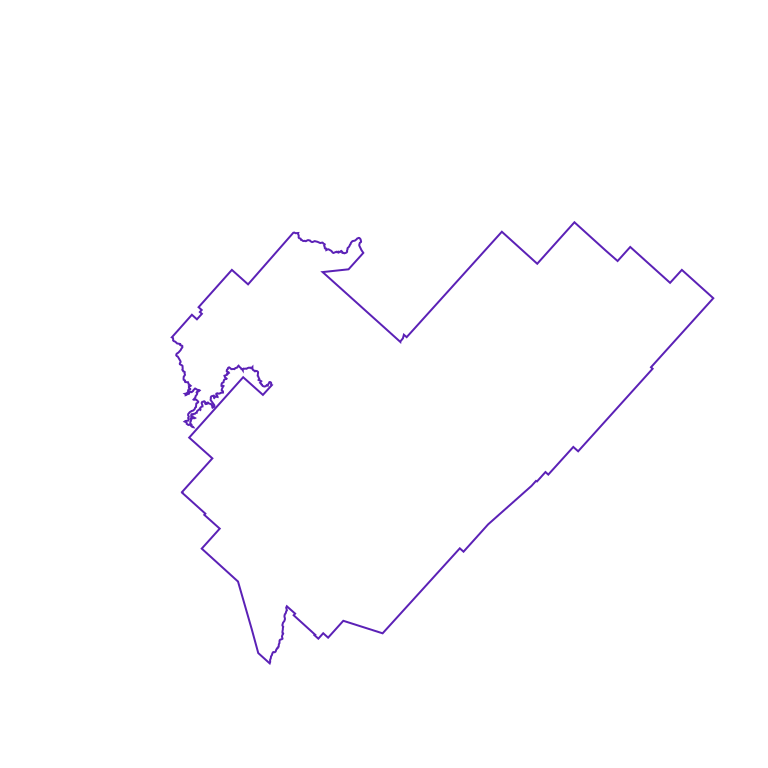 Collie, Western Australia, Australia (Equal Earth projection), rotated 42°
{"feature_id": "25037944B67416490528235", "entity_name": "Collie", "entity_type": "district", "adm_level": 2, "iso_a3": "AUS", "parent_name": "Australia", "parent_adm1": "Western Australia", "projection": "equal_earth", "projection_center": [116.035, -33.274], "detail": "fine", "context": "isolated", "style": "outline", "palette": "violet", "viewbox_px": 768, "rotation_deg": 42, "n_neighbors": 0, "source": "geoboundaries", "source_scale": "gbopen_adm2", "svg_char_len": 6163}
<svg xmlns="http://www.w3.org/2000/svg" viewBox="0 0 768 768"><g transform="rotate(42 384 384)"><path d="M417.3,136.4L417.4,192.1L369.7,192.0L369.5,334.0L365.8,334.1L367.5,337.4L367.7,341.4L368.0,341.8L263.5,341.9L280.9,322.5L280.9,300.4L277.7,299.6L273.3,297.8L272.6,297.3L271.8,295.8L271.6,295.2L271.9,293.9L271.6,293.4L269.8,292.2L269.1,292.0L268.0,292.0L267.4,292.4L266.7,294.0L266.8,294.9L266.4,297.0L265.1,298.7L264.9,299.4L265.0,301.3L265.6,302.6L265.5,303.2L266.0,304.5L266.2,306.0L266.0,307.0L266.1,307.6L266.8,308.3L267.2,309.5L268.1,310.4L268.2,311.1L267.8,312.2L267.2,313.3L266.3,313.5L266.2,313.9L265.5,314.3L265.1,314.4L264.3,313.7L263.2,313.7L263.0,314.3L263.1,315.1L262.5,315.6L262.4,316.5L261.6,316.3L261.3,317.3L260.9,317.5L260.4,317.3L260.1,317.6L258.8,320.4L257.9,320.7L255.9,320.3L252.7,321.0L252.2,321.4L251.5,323.1L250.4,322.1L249.5,322.7L249.0,322.6L248.1,321.7L247.0,321.3L246.6,319.9L246.3,319.8L245.0,320.2L244.0,320.0L243.5,320.2L242.3,321.9L239.5,322.8L236.9,324.2L236.0,326.1L235.5,326.7L233.8,327.1L233.0,326.9L231.4,327.8L230.9,328.5L230.5,329.9L230.2,330.3L229.3,330.6L228.9,331.3L228.0,331.9L226.5,332.0L226.0,332.4L224.8,331.8L223.4,332.4L222.6,332.3L221.2,330.7L219.5,329.9L219.2,329.2L217.4,331.1L216.0,331.5L215.4,332.3L216.3,400.9L194.6,401.0L194.8,451.0L199.0,451.0L199.0,453.7L201.7,453.7L201.7,461.1L194.9,461.1L195.1,491.3L196.3,491.0L197.4,491.8L198.1,492.7L198.9,492.8L200.7,492.2L203.1,492.3L205.8,490.6L206.0,490.7L206.0,491.3L206.3,491.4L207.6,491.1L208.3,490.7L208.7,490.7L209.7,491.8L209.7,493.0L210.2,495.0L210.2,498.2L209.7,500.1L209.8,500.8L210.4,501.7L211.4,501.9L212.4,501.6L217.4,503.2L218.1,503.7L218.4,505.1L218.6,505.5L219.1,505.9L221.5,505.3L222.2,505.4L224.2,507.4L224.6,508.4L225.6,508.4L226.3,508.9L226.9,508.6L228.0,508.5L228.4,509.3L230.0,510.4L230.3,512.6L231.5,514.2L232.3,514.9L233.6,514.5L233.9,514.6L234.2,515.2L234.6,515.5L235.1,515.5L237.2,513.8L238.6,514.7L241.5,514.7L241.4,515.1L240.6,515.7L240.4,516.1L240.9,516.4L241.6,517.5L242.2,517.5L243.1,517.2L243.4,517.4L243.2,518.4L242.6,519.7L243.5,520.6L243.7,522.0L243.3,523.6L242.7,524.4L243.6,524.3L244.1,525.0L244.3,524.7L244.6,523.4L245.6,521.7L245.0,520.6L245.0,519.6L245.4,519.1L246.2,519.1L246.5,518.7L246.8,517.1L246.5,516.4L246.6,513.8L246.9,513.6L249.0,513.3L250.7,512.2L251.3,512.1L251.1,513.8L250.4,514.6L250.3,515.3L250.4,515.7L251.5,516.0L251.8,516.5L252.1,518.1L252.1,519.1L252.8,520.2L252.9,523.0L253.3,522.9L254.6,521.4L255.7,521.3L257.7,521.4L258.0,521.7L258.1,522.2L257.6,524.1L259.7,527.0L259.5,527.9L260.0,529.1L260.1,529.8L259.8,531.8L259.0,532.9L259.0,533.5L258.5,534.8L258.6,537.3L259.2,538.2L260.7,538.8L261.0,539.2L261.2,540.3L262.7,541.1L263.0,542.2L261.2,544.4L261.0,545.3L262.7,544.8L263.5,545.0L264.0,545.6L266.0,545.4L266.4,544.6L267.0,544.2L270.0,544.2L270.9,543.9L271.2,543.7L270.8,543.6L269.6,544.0L269.1,543.8L268.2,543.0L267.6,543.1L266.3,542.7L265.4,541.7L265.3,540.8L264.6,539.7L264.5,539.1L263.6,539.1L263.5,538.6L263.8,538.1L266.2,536.1L266.3,535.8L264.5,536.2L262.6,537.2L262.1,536.8L261.2,535.4L261.5,534.8L262.4,534.7L262.4,534.0L262.7,533.4L263.4,532.7L263.4,531.5L264.1,530.7L263.3,529.4L263.6,526.8L264.2,526.2L264.8,526.1L264.5,525.5L263.7,525.4L263.4,524.7L263.6,522.9L264.6,521.5L263.8,521.9L263.3,521.3L261.4,520.3L261.0,519.7L260.9,518.8L261.8,517.9L261.8,517.3L262.2,517.0L263.5,517.2L264.2,518.2L265.0,518.2L265.7,517.3L265.2,516.3L265.5,515.6L265.8,515.5L266.7,515.7L268.9,514.7L270.9,515.1L271.7,516.0L272.4,516.3L272.9,514.9L272.7,514.6L272.7,513.8L271.8,513.2L265.8,511.9L264.9,510.5L264.2,509.8L264.0,509.0L264.0,508.6L265.3,506.5L265.8,506.6L266.9,508.0L267.2,508.0L267.2,506.6L267.3,506.0L269.0,505.0L268.7,504.7L266.2,503.9L265.9,503.5L265.9,503.2L266.5,502.3L267.3,502.0L268.3,501.0L268.5,499.9L270.1,498.1L269.2,497.2L267.7,497.3L267.2,496.8L266.2,494.2L266.2,493.2L266.1,492.9L265.5,493.1L265.0,494.0L264.5,494.2L264.0,493.7L263.2,492.5L263.0,491.4L263.6,490.1L262.9,489.1L262.4,487.7L262.9,486.3L263.5,485.8L263.5,485.4L261.1,485.3L259.9,484.6L261.2,482.1L261.2,481.4L260.4,481.1L260.6,480.5L261.2,479.8L261.3,479.5L260.5,479.3L259.6,479.7L258.5,479.7L257.8,478.6L257.9,477.4L257.6,477.1L257.4,476.5L257.5,475.7L257.9,475.2L260.6,475.1L262.4,473.3L262.9,473.0L262.9,471.6L263.8,470.3L263.6,468.5L263.7,467.7L264.9,468.0L266.8,467.9L268.0,468.3L268.4,467.9L269.9,468.3L269.3,467.6L269.3,466.6L270.4,465.8L271.0,465.0L271.7,464.6L271.9,463.6L272.7,462.2L273.4,461.8L273.7,461.3L274.6,461.2L274.6,460.6L274.9,460.3L274.9,459.5L276.0,460.7L277.4,461.2L277.8,461.0L279.4,461.0L279.6,460.4L280.0,460.4L280.3,459.8L281.0,459.4L282.1,459.3L282.8,459.8L284.6,462.4L285.3,462.4L286.4,463.1L287.9,463.6L288.4,464.2L288.1,464.6L288.1,464.9L288.7,464.8L289.5,464.3L290.8,464.1L290.7,464.6L291.1,465.4L291.1,466.0L292.2,465.9L293.0,466.4L293.8,466.1L294.3,466.5L295.2,466.6L296.7,466.0L297.6,464.8L297.6,463.3L298.7,463.0L298.1,461.6L297.9,460.0L297.6,459.5L297.7,459.1L298.4,458.6L299.1,458.6L299.7,458.9L300.5,460.0L301.4,459.8L301.3,473.1L274.8,473.2L275.1,554.2L306.2,554.1L306.2,599.5L307.0,599.5L307.0,599.9L338.0,599.9L338.0,601.5L358.7,601.4L358.7,628.3L407.7,628.5L449.6,654.6L470.6,668.1L486.0,668.1L485.4,666.7L484.0,665.3L483.3,663.4L482.4,662.2L482.0,660.2L481.5,659.4L481.0,657.8L481.3,657.1L481.8,656.9L482.3,656.4L482.5,655.3L481.6,653.3L481.7,651.7L481.4,651.7L481.3,650.1L481.5,649.9L481.4,649.6L480.0,647.8L479.7,646.5L478.3,644.9L477.9,644.1L478.0,643.3L478.8,642.1L479.0,641.2L477.1,639.9L476.5,638.7L476.3,637.5L476.0,636.8L475.7,636.7L475.1,636.9L474.4,636.2L472.9,633.9L472.1,633.0L471.6,631.9L470.2,631.5L469.7,631.0L468.7,629.0L468.5,626.7L467.7,625.0L467.0,624.3L466.1,623.8L465.3,623.1L464.4,621.5L464.4,620.3L463.4,618.3L463.3,617.2L461.0,615.7L460.8,615.2L460.5,614.2L471.6,614.1L471.6,616.3L500.6,616.4L500.4,617.2L505.6,617.2L505.6,609.9L512.2,609.9L512.2,587.2L549.8,570.2L550.3,455.4L555.3,455.4L555.3,418.6L561.8,361.0L561.8,354.3L562.9,354.0L562.9,341.4L566.7,341.4L566.8,304.1L573.3,304.1L573.4,192.9L571.2,192.9L571.3,99.9L529.0,99.9L528.9,117.4L475.3,117.4L475.3,136.3L459.6,136.5L417.3,136.4Z" fill="none" stroke="#5b21b6" stroke-width="2"/></g></svg>